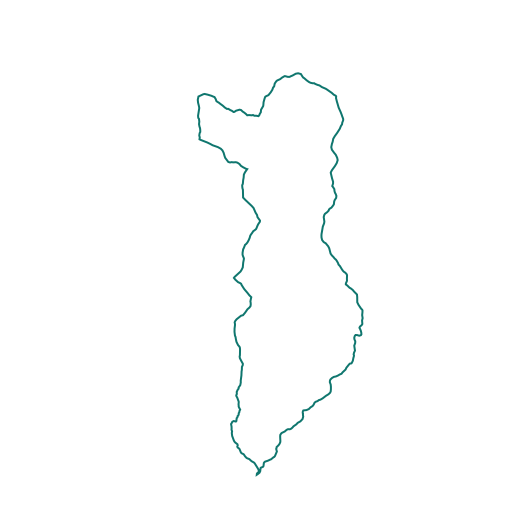 outline of Nyisho, Wangdi Phodrang, Bhutan, rotated 306°
{"feature_id": "84629894B40037951494601", "entity_name": "Nyisho", "entity_type": "district", "adm_level": 2, "iso_a3": "BTN", "parent_name": "Bhutan", "parent_adm1": "Wangdi Phodrang", "projection": "equal_earth", "projection_center": [90.07, 27.567], "detail": "fine", "context": "isolated", "style": "outline", "palette": "teal", "viewbox_px": 512, "rotation_deg": 306, "n_neighbors": 0, "source": "geoboundaries", "source_scale": "gbopen_adm2", "svg_char_len": 6118}
<svg xmlns="http://www.w3.org/2000/svg" viewBox="0 0 512 512"><g transform="rotate(306 256 256)"><path d="M285.5,351.5L285.3,350.4L285.8,347.1L285.8,345.4L286.7,344.8L289.4,344.2L291.2,342.8L293.9,341.0L294.5,340.2L295.0,338.0L294.9,336.4L295.1,335.2L295.6,333.6L297.2,329.8L297.6,327.7L298.3,326.9L299.3,324.8L300.0,323.0L300.2,320.9L300.6,319.7L301.1,316.9L301.8,314.9L305.2,310.8L306.3,308.7L307.3,304.8L307.1,303.6L307.1,302.4L307.8,300.1L309.4,298.2L310.9,297.0L312.3,296.1L317.6,293.5L319.0,292.8L322.4,291.9L324.0,291.1L327.3,287.9L329.4,287.1L330.7,287.0L333.2,287.8L335.5,288.1L336.5,287.7L337.8,287.9L339.4,288.6L342.3,288.7L343.6,288.6L346.1,287.2L347.5,286.8L350.1,286.7L351.9,285.7L353.2,283.7L353.6,282.7L354.8,281.2L356.1,280.1L356.9,278.2L357.4,276.6L359.8,275.8L361.4,274.7L363.5,271.9L367.3,267.5L368.6,267.2L370.2,267.0L375.1,267.0L378.6,266.7L381.6,265.7L383.2,263.9L384.8,261.0L385.4,258.6L386.6,254.9L388.3,252.9L391.4,251.5L393.4,250.9L396.2,249.6L399.3,249.3L403.3,249.3L408.2,249.0L411.0,248.3L413.1,248.2L414.6,247.4L416.9,246.8L418.0,246.1L418.8,245.0L419.7,243.6L420.5,242.5L422.2,239.9L424.6,235.7L427.4,232.1L428.3,230.9L430.8,227.9L432.3,227.0L432.5,226.2L432.2,224.1L432.5,221.4L432.4,215.6L432.3,214.1L431.4,210.1L431.3,207.1L430.6,205.2L430.0,202.7L430.0,201.6L429.1,200.4L428.2,198.3L427.9,196.6L427.9,193.7L428.2,190.5L428.1,189.3L428.6,187.8L429.6,185.4L428.6,182.7L426.8,181.0L423.5,179.5L421.9,178.5L420.7,177.9L419.6,176.4L418.7,174.0L418.3,173.4L415.6,172.2L413.3,171.6L410.5,170.0L409.2,169.7L406.5,169.8L403.8,171.0L402.4,170.8L400.1,171.5L397.1,171.7L393.4,171.5L391.5,170.4L390.3,169.9L388.7,170.3L384.9,171.7L382.3,173.3L381.4,173.7L377.3,174.1L375.1,175.4L373.3,175.5L371.8,175.9L370.6,175.8L369.7,173.9L368.5,172.2L368.3,170.7L367.4,170.0L365.9,167.5L364.7,166.2L365.0,164.2L365.1,162.0L365.0,160.4L365.3,158.1L365.0,157.4L364.7,156.7L361.9,154.5L359.9,153.8L359.3,153.2L359.3,151.2L358.9,149.3L358.8,147.2L357.9,146.0L357.8,143.6L358.1,140.7L358.1,137.8L358.2,135.7L358.0,134.1L358.1,132.8L359.2,131.3L360.2,129.0L359.9,128.0L359.4,125.7L358.1,122.0L356.9,119.2L355.9,118.3L351.2,115.7L348.1,117.1L346.0,119.0L343.9,121.5L342.4,123.1L339.7,124.5L335.4,126.7L333.8,128.1L333.4,129.3L331.3,131.2L329.2,132.4L327.5,134.2L326.5,135.6L325.2,136.8L323.6,138.0L322.6,138.1L321.4,138.6L320.0,139.4L319.0,140.7L317.2,141.7L317.4,143.0L319.2,149.9L319.8,153.3L320.1,155.8L321.7,161.2L322.1,164.5L321.7,166.8L320.5,169.1L318.4,171.8L317.3,173.4L315.8,178.3L316.4,180.0L317.6,181.1L318.4,182.6L320.0,184.5L320.6,186.1L320.7,188.6L320.1,190.7L320.2,193.2L320.7,196.7L321.1,197.8L317.2,197.9L314.8,198.3L312.2,199.9L309.7,201.1L307.2,202.6L306.4,203.0L305.2,203.2L303.8,204.3L302.5,205.6L302.0,206.4L295.7,211.2L295.1,214.4L294.0,223.0L293.4,225.8L290.8,230.2L289.8,232.7L288.3,234.4L287.0,238.4L286.0,239.0L283.1,239.1L281.3,239.4L279.0,240.0L277.7,240.2L275.9,239.7L274.5,239.2L272.7,239.3L270.4,239.3L269.1,239.4L267.0,240.2L264.4,240.8L261.9,241.1L260.0,241.0L258.5,240.6L257.1,241.0L254.6,241.6L254.0,241.6L250.8,243.2L249.1,244.4L248.1,245.8L247.0,247.6L246.0,248.2L243.2,249.5L239.0,252.0L236.1,252.5L234.3,252.6L226.5,251.0L225.3,251.0L224.7,253.2L224.3,256.9L224.7,258.8L224.8,260.2L224.0,261.6L222.4,265.7L222.0,267.2L221.2,270.6L220.3,273.7L219.9,276.4L218.0,277.2L215.9,278.2L215.3,278.9L213.9,280.1L212.3,281.0L210.5,281.0L207.9,280.4L203.7,280.5L202.3,280.4L200.5,280.3L198.9,279.0L193.4,277.5L191.3,277.4L189.8,277.7L188.6,279.0L187.6,279.7L184.7,281.3L182.0,283.2L179.2,285.8L178.5,287.0L177.0,288.5L175.1,290.6L173.4,293.8L172.9,296.0L172.2,297.0L170.9,298.1L166.3,301.3L165.0,301.9L163.8,303.1L162.4,305.9L161.1,308.7L160.0,309.4L158.0,309.8L155.5,311.5L154.1,312.2L150.8,314.4L146.2,316.9L144.6,318.1L142.2,319.2L139.5,319.2L138.4,319.9L137.1,319.8L134.7,320.3L133.1,321.6L131.7,321.9L131.1,322.5L130.3,324.2L128.0,327.6L127.2,328.2L125.8,329.0L125.2,329.6L124.0,330.5L123.5,331.3L122.4,333.5L121.0,333.7L119.6,334.4L118.7,334.4L117.5,335.2L116.5,335.4L115.7,335.2L114.8,335.7L114.1,335.8L113.4,335.7L111.0,337.1L110.2,337.0L109.4,335.0L108.0,334.3L106.1,334.6L105.4,334.6L103.6,336.5L102.2,337.6L101.1,338.3L100.1,339.7L98.7,340.4L98.2,340.8L96.4,342.5L93.6,346.7L93.1,347.9L92.9,348.7L92.8,351.6L92.1,352.5L90.8,352.9L90.3,353.7L90.3,355.4L90.1,356.2L88.4,358.9L88.0,359.9L88.0,360.6L88.3,362.1L88.3,362.8L87.5,364.9L87.1,367.0L87.2,367.9L87.7,369.7L87.7,370.4L87.5,371.8L87.4,373.2L87.7,375.8L87.5,376.8L85.6,381.5L84.7,383.5L83.8,384.6L83.3,385.0L82.7,385.1L81.5,384.7L80.4,384.7L79.5,385.2L80.9,385.7L82.8,386.2L84.4,385.9L86.3,384.8L87.4,384.3L88.0,384.6L88.9,385.2L89.7,385.6L90.5,385.5L93.2,384.0L94.2,384.0L95.0,384.2L97.3,385.9L99.5,387.1L100.4,387.7L103.6,388.5L104.0,388.8L104.6,388.9L105.4,388.9L110.1,387.8L111.8,385.7L112.7,385.5L113.5,385.0L115.8,385.4L117.1,385.5L118.2,385.4L119.8,385.0L120.7,384.4L124.1,381.7L125.5,380.8L127.3,380.7L128.1,380.9L130.9,382.4L133.1,382.9L134.3,383.4L134.9,384.0L135.7,385.2L136.6,385.8L137.5,386.1L139.0,386.4L140.1,386.4L143.5,387.6L145.5,387.8L148.3,389.1L151.4,389.5L153.8,388.6L155.0,387.4L156.2,386.6L156.5,386.0L157.9,385.2L158.9,385.1L161.0,387.4L163.2,388.7L165.7,389.1L167.4,389.8L168.2,390.0L169.7,390.0L171.8,389.6L173.2,390.0L174.8,391.1L176.3,391.5L177.7,392.6L180.0,393.6L184.1,394.8L186.7,395.9L188.8,396.3L190.2,396.1L192.1,395.0L194.2,393.5L195.9,392.0L197.3,389.9L198.6,389.1L199.8,388.8L202.0,389.2L203.9,390.0L205.6,391.5L207.5,392.6L209.4,393.4L211.0,394.4L212.6,394.4L216.8,395.2L218.7,394.8L222.9,395.0L224.1,395.2L225.2,396.3L226.0,396.3L228.2,395.9L231.0,394.6L232.0,394.3L233.3,393.6L233.8,392.8L235.5,392.1L237.6,391.7L241.2,388.2L243.9,387.4L245.4,386.4L246.3,384.8L247.5,383.6L248.8,383.1L249.5,382.9L250.6,383.0L251.5,384.3L251.8,385.3L252.2,386.4L253.6,387.4L254.6,387.3L255.8,386.3L257.0,384.9L258.0,383.3L258.7,381.9L260.0,381.6L262.2,382.1L263.5,382.0L266.2,379.7L268.4,378.8L270.6,376.6L272.7,375.4L274.5,374.2L275.0,373.4L275.1,372.2L276.8,367.5L278.1,365.1L282.3,362.0L284.2,360.3L284.9,356.1L285.4,354.2L285.5,351.5Z" fill="none" stroke="#0f766e" stroke-width="2"/></g></svg>